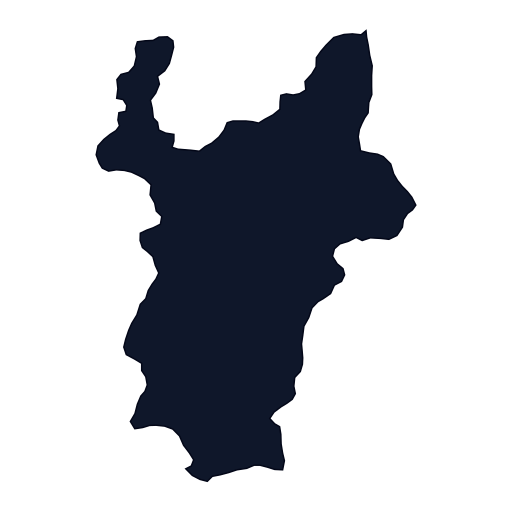 Itabirinha, Minas Gerais, Brazil
{"feature_id": "56859067B37396516531854", "entity_name": "Itabirinha", "entity_type": "district", "adm_level": 2, "iso_a3": "BRA", "parent_name": "Brazil", "parent_adm1": "Minas Gerais", "projection": "orthographic", "projection_center": [-41.25, -18.552], "detail": "fine", "context": "isolated", "style": "filled", "palette": "ink", "viewbox_px": 512, "rotation_deg": 0, "n_neighbors": 0, "source": "geoboundaries", "source_scale": "gbopen_adm2", "svg_char_len": 2651}
<svg xmlns="http://www.w3.org/2000/svg" viewBox="0 0 512 512"><path d="M116.7,98.3L123.2,99.6L126.8,105.4L125.9,111.3L118.9,112.7L117.9,120.0L119.5,125.9L116.0,130.6L110.1,134.4L103.9,139.4L98.0,145.9L96.2,154.8L99.3,163.2L102.3,168.1L108.6,171.1L116.3,169.8L124.4,170.4L131.5,172.1L138.3,175.3L144.6,178.6L151.1,184.8L150.1,194.9L154.7,203.0L156.3,211.1L161.8,216.4L160.4,224.2L153.2,227.8L146.8,230.1L140.3,233.2L140.1,240.5L142.4,247.5L147.3,251.4L152.9,256.6L155.3,265.3L158.8,273.0L155.9,279.2L152.2,284.1L148.3,290.5L145.8,298.7L140.3,304.3L136.9,315.0L131.8,323.3L128.7,330.4L125.7,339.3L123.8,347.1L126.3,354.6L134.4,358.9L141.7,363.3L141.7,370.6L145.8,376.7L147.3,385.0L144.9,391.5L140.9,396.0L137.4,404.2L135.0,413.6L130.4,421.5L134.8,428.7L142.7,427.5L149.6,425.4L156.0,425.2L164.7,426.1L172.7,429.0L179.5,435.9L183.6,445.3L189.4,452.9L193.7,459.8L191.3,466.0L185.8,468.8L192.3,475.4L200.0,479.4L207.3,481.3L212.3,476.3L220.1,474.8L228.8,472.5L236.9,469.8L246.8,468.3L254.1,465.2L260.0,465.2L267.7,467.2L274.6,469.4L282.6,469.8L284.4,460.7L282.6,453.2L281.1,444.0L280.8,434.3L279.6,426.7L274.6,423.8L269.7,418.5L274.0,412.1L281.0,406.8L286.9,403.2L292.2,399.3L295.3,393.7L293.8,386.2L294.7,377.5L300.3,371.5L302.4,364.3L302.7,357.9L302.1,350.7L301.5,343.9L302.7,335.7L303.9,326.2L308.7,317.6L312.0,307.8L317.9,301.7L323.1,298.7L330.6,293.5L334.4,285.1L341.5,281.4L344.6,274.9L343.0,268.7L337.1,263.8L332.5,256.3L334.4,248.8L339.9,243.9L348.6,241.2L356.1,237.4L362.2,240.5L370.3,237.8L380.8,238.4L388.9,239.3L396.9,235.5L402.4,227.2L403.4,219.7L407.5,213.5L412.4,209.9L415.8,205.1L411.8,197.2L407.4,191.7L402.2,186.4L397.5,180.5L393.7,174.0L390.7,164.0L383.3,156.7L377.5,154.2L369.4,153.0L360.5,150.8L359.5,144.3L358.2,136.8L359.4,129.3L361.9,123.4L364.7,117.8L368.1,112.9L368.8,102.5L371.8,94.6L371.6,86.5L371.6,75.4L372.2,65.8L369.7,55.4L368.2,45.0L366.6,37.1L366.0,30.7L361.1,34.8L352.4,33.9L344.0,34.5L333.8,37.5L326.0,45.3L320.8,51.4L316.4,57.7L316.1,66.8L311.8,74.0L305.0,81.5L305.8,90.0L299.6,93.7L293.1,95.0L286.4,93.9L280.8,95.3L280.1,101.8L279.9,109.3L273.0,114.9L264.6,119.4L258.7,123.1L252.6,121.7L245.8,121.0L239.3,121.0L233.0,121.0L227.2,122.7L224.1,130.2L218.9,137.1L211.7,143.2L205.3,146.5L199.4,151.2L190.4,150.2L177.9,149.2L172.1,147.3L173.9,141.0L173.9,134.4L165.6,133.1L158.8,130.0L157.5,122.3L153.3,117.9L152.2,108.1L150.4,100.2L155.7,93.1L159.4,84.1L157.5,76.3L164.7,70.8L169.3,63.5L171.5,55.5L173.6,47.2L172.9,40.8L167.5,36.8L159.0,37.1L153.2,40.4L145.1,40.8L137.4,41.8L135.3,48.5L136.5,56.7L134.3,66.0L128.7,72.4L121.0,74.4L116.9,79.6L117.9,88.7L116.7,98.3Z" fill="#0f172a" stroke="#020617" stroke-width="1.5"/></svg>